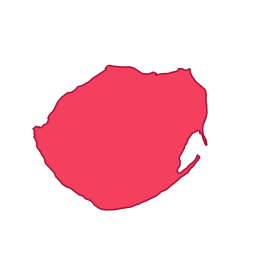 outline of Emau, Vanuatu, rotated 217°
{"feature_id": "77236927B40148322010729", "entity_name": "Emau", "entity_type": "district", "adm_level": 2, "iso_a3": "VUT", "parent_name": "Vanuatu", "parent_adm1": "", "projection": "natural_earth1", "projection_center": [168.487, -17.482], "detail": "fine", "context": "isolated", "style": "filled", "palette": "rose", "viewbox_px": 256, "rotation_deg": 217, "n_neighbors": 0, "source": "geoboundaries", "source_scale": "gbopen_adm2", "svg_char_len": 2446}
<svg xmlns="http://www.w3.org/2000/svg" viewBox="0 0 256 256"><g transform="rotate(217 128 128)"><path d="M147.6,181.0L147.9,180.8L149.2,180.1L150.4,179.9L153.3,179.8L159.4,179.4L163.4,177.8L164.6,177.0L165.9,175.7L171.4,171.8L178.2,167.8L180.0,167.1L181.5,165.7L181.8,164.0L181.8,161.9L181.2,161.9L180.6,161.5L183.3,154.0L185.9,146.9L186.9,142.0L189.8,135.0L191.3,132.6L192.0,132.1L192.9,130.3L193.1,126.6L194.5,122.8L195.7,121.1L196.6,120.8L197.4,119.7L199.4,112.9L199.8,107.6L199.4,104.3L198.2,98.6L198.0,95.5L198.5,92.4L198.4,89.9L197.8,87.6L197.0,87.7L196.6,87.2L195.6,83.7L195.9,81.8L196.9,80.1L197.2,79.6L197.2,79.1L197.1,77.5L198.0,75.7L198.9,75.1L199.6,75.5L200.5,74.5L202.0,74.3L202.3,73.8L203.3,70.5L203.0,70.5L200.4,68.7L199.6,66.9L197.9,66.0L197.8,64.4L197.6,64.1L196.2,64.0L195.3,63.1L192.5,61.8L189.9,58.7L188.3,57.6L183.6,56.3L180.1,54.5L176.3,53.3L173.7,50.9L172.3,50.1L161.2,48.2L159.4,47.6L156.4,45.7L151.0,44.8L146.4,43.7L141.7,44.0L139.4,44.7L138.0,45.4L135.1,45.3L127.3,45.2L127.3,45.4L126.1,45.5L123.0,46.5L122.0,46.5L120.4,46.0L118.8,46.1L115.1,47.3L113.0,47.4L111.0,47.2L108.2,46.3L102.1,46.6L98.9,47.7L98.4,48.3L96.2,49.4L93.8,51.4L89.9,54.4L85.0,59.7L77.8,67.2L76.7,69.3L74.6,72.6L73.5,73.8L72.5,76.3L71.6,78.0L70.4,79.5L65.0,90.1L64.1,92.7L63.0,97.3L61.0,100.6L60.0,103.2L59.5,106.2L57.6,113.0L56.2,120.4L55.4,122.3L53.4,128.5L53.6,133.5L52.8,137.3L53.0,142.6L52.7,144.5L53.0,147.7L54.7,148.3L56.2,148.1L55.1,143.6L55.7,138.9L56.8,134.4L56.9,131.5L58.1,128.2L58.7,124.4L59.0,123.9L60.3,122.6L62.3,122.9L63.1,123.7L63.7,125.3L63.8,128.5L64.4,130.1L65.6,131.4L66.1,132.8L67.3,133.4L68.9,134.5L69.1,134.9L69.4,135.8L70.2,141.1L70.8,145.2L71.9,148.1L71.8,150.6L73.1,154.5L73.4,157.7L73.5,161.8L72.2,165.0L70.9,167.5L70.1,168.4L68.8,168.6L67.7,167.4L67.3,166.9L66.8,167.4L66.7,167.5L64.8,167.2L60.7,164.0L60.4,163.8L60.2,163.7L59.3,163.4L57.4,162.0L56.0,161.4L55.0,161.4L54.9,161.9L57.9,165.0L64.1,168.1L68.3,172.7L70.0,176.0L71.3,181.1L72.5,184.6L74.2,187.8L77.3,191.4L79.0,193.7L82.1,196.7L84.7,200.2L84.9,200.9L88.0,204.0L89.6,205.0L97.8,205.6L101.2,205.7L107.5,207.6L111.8,209.9L112.7,210.6L113.3,212.0L113.5,212.3L114.3,212.3L114.9,211.7L115.5,210.0L117.2,208.4L120.2,208.0L123.1,205.9L123.0,203.3L123.6,202.0L126.5,198.9L128.5,195.9L133.4,191.8L136.4,188.5L137.6,187.2L138.2,188.6L139.9,188.0L141.0,188.0L141.4,187.8L143.3,184.5L144.1,183.5L147.6,181.0Z" fill="#f43f5e" stroke="#9f1239" stroke-width="1.5"/></g></svg>